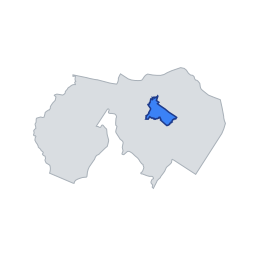 Mumbwa, Central, Zambia (highlighted), rotated 213°
{"feature_id": "96606910B37920738728221", "entity_name": "Mumbwa", "entity_type": "district", "adm_level": 2, "iso_a3": "ZMB", "parent_name": "Zambia", "parent_adm1": "Central", "projection": "natural_earth1", "projection_center": [26.865, -14.958], "detail": "fine", "context": "in_parent", "style": "filled", "palette": "blue", "viewbox_px": 256, "rotation_deg": 213, "n_neighbors": 0, "source": "geoboundaries", "source_scale": "gbopen_adm2", "svg_char_len": 6553}
<svg xmlns="http://www.w3.org/2000/svg" viewBox="0 0 256 256"><g transform="rotate(213 128 128)"><path d="M163.8,169.3L154.5,169.3L151.1,170.2L148.3,171.5L145.0,173.5L143.1,174.9L142.5,175.7L142.3,177.5L142.3,180.2L141.9,182.1L140.9,183.9L135.9,186.0L132.6,187.8L129.4,189.8L126.9,192.5L125.2,195.8L122.5,199.9L116.7,207.3L113.3,208.6L110.5,208.3L107.1,206.8L104.4,206.5L102.4,207.4L100.6,207.1L98.9,205.6L97.4,205.0L96.3,205.5L94.8,205.4L92.1,204.5L89.8,201.9L88.6,200.9L87.6,200.4L84.8,200.0L78.4,199.4L71.8,200.7L66.0,202.0L60.1,196.2L54.3,190.1L53.1,188.5L50.9,186.4L49.4,185.4L48.8,184.9L47.2,179.5L46.3,174.4L46.0,126.0L72.2,126.0L73.8,125.8L73.9,125.3L72.7,122.7L72.8,121.8L73.1,120.1L74.2,116.6L74.3,115.4L73.7,111.6L73.8,109.4L74.1,105.1L73.9,103.7L74.5,101.7L74.7,100.5L74.9,99.9L74.6,98.4L74.1,93.3L73.8,91.2L75.4,91.5L75.9,92.6L76.2,93.7L76.9,93.8L78.8,94.5L79.4,95.4L79.8,97.5L79.6,98.5L79.0,99.4L79.6,100.1L80.8,100.6L81.6,100.5L83.7,99.1L85.6,98.5L86.6,98.2L90.9,97.3L91.8,96.8L92.4,96.8L92.8,97.2L92.4,98.6L92.3,99.9L92.8,102.3L93.2,103.5L94.1,104.3L94.8,104.7L95.5,105.6L97.0,105.5L100.3,106.7L101.3,107.3L102.7,107.8L103.7,108.1L107.1,108.5L110.7,109.2L112.6,109.2L113.9,109.1L114.8,108.7L115.4,108.3L115.7,108.0L117.0,103.4L117.7,103.0L118.6,102.8L119.1,103.2L119.7,106.1L122.3,108.7L123.2,110.9L123.9,112.8L124.4,113.4L125.4,114.0L127.0,114.2L128.4,114.3L135.4,117.5L136.2,118.1L137.0,119.8L137.6,121.8L138.1,123.3L139.0,123.6L139.8,123.7L140.6,124.8L141.2,125.7L143.3,129.5L143.6,131.0L144.6,132.0L145.9,132.5L147.2,132.5L147.9,132.1L149.7,131.3L151.1,130.4L152.1,130.1L152.8,130.3L153.2,130.9L153.5,132.8L154.5,133.4L155.2,133.2L155.5,132.4L155.5,132.1L155.6,112.2L154.9,112.3L154.1,112.9L152.3,113.0L151.6,113.4L151.3,114.0L151.5,114.8L151.5,116.0L151.2,116.5L150.4,116.7L149.2,116.3L147.1,115.7L145.3,115.4L144.1,113.9L142.3,111.6L141.2,110.5L138.5,108.1L138.0,107.7L137.2,106.6L136.5,104.7L135.8,102.6L135.4,101.2L136.1,99.1L137.7,92.2L138.1,90.0L139.4,87.9L139.5,85.9L139.0,83.4L139.1,82.0L139.3,74.2L138.9,71.7L138.0,68.9L136.1,65.1L136.1,64.2L139.1,61.8L140.0,60.8L141.6,58.8L142.7,57.1L143.4,55.7L143.6,53.9L143.1,52.2L144.1,51.8L169.2,47.4L169.5,48.6L170.3,50.5L171.2,52.0L172.2,53.2L173.1,54.0L173.7,54.2L177.6,54.1L179.0,54.9L180.2,55.9L180.5,57.4L181.3,58.3L182.1,59.1L182.5,59.2L183.1,59.0L184.2,59.0L185.1,59.3L185.6,59.6L185.6,60.9L185.9,61.5L187.2,61.7L188.5,61.8L189.8,62.6L191.2,62.8L192.8,63.1L193.6,64.0L195.3,65.0L197.3,65.8L199.6,67.2L199.7,67.7L200.1,68.5L200.5,69.1L200.5,69.9L200.7,70.8L201.3,71.0L201.8,71.0L202.2,70.4L202.8,70.4L203.5,70.8L203.7,71.7L204.2,73.0L205.1,73.8L205.7,74.7L205.5,76.2L205.1,77.5L206.2,78.9L207.7,80.2L208.1,80.8L208.2,82.7L208.5,83.3L209.5,84.9L210.0,86.0L209.9,86.6L207.2,89.7L205.5,90.2L204.7,90.9L204.3,91.5L205.4,94.7L205.9,95.9L205.5,97.4L204.4,99.9L203.9,100.1L203.8,102.0L204.1,102.7L204.6,103.3L204.8,104.6L204.8,107.8L204.1,111.5L205.3,114.7L205.7,115.0L207.4,115.1L207.7,115.3L207.3,116.2L206.1,117.7L203.9,118.7L200.8,120.0L200.1,121.1L199.7,122.8L200.0,123.8L200.4,124.4L200.3,125.8L200.0,127.4L200.1,128.6L200.0,129.7L199.5,130.2L199.0,131.9L198.3,133.5L197.8,134.2L197.0,135.0L195.8,135.7L195.8,136.0L197.2,136.8L197.5,137.3L197.6,137.6L197.1,138.5L197.7,139.0L198.5,139.4L199.2,140.5L200.1,142.5L200.4,142.8L200.9,142.5L201.8,141.7L202.4,141.4L203.1,142.6L190.1,147.7L187.1,148.7L182.5,150.5L181.0,151.2L179.8,151.8L167.7,155.8L165.8,156.6L161.5,158.6L161.4,158.9L161.4,159.9L161.8,161.8L162.5,163.5L163.2,164.5L163.6,167.0L163.8,169.3Z" fill="#d9dde1" stroke="#a8b0b8" stroke-width="1"/><path d="M118.5,151.8L119.0,148.5L119.2,148.4L119.3,148.4L119.3,148.2L119.5,147.9L119.1,147.6L118.9,147.5L118.9,147.4L118.7,147.1L118.7,146.9L118.7,146.7L118.5,146.3L118.4,146.2L118.2,146.0L118.2,145.9L118.1,145.7L117.9,145.4L117.9,145.2L115.9,146.4L115.9,149.3L115.6,149.3L115.5,149.2L115.4,149.3L115.2,149.3L114.9,149.3L114.7,149.2L114.4,149.2L114.4,149.3L114.2,149.3L113.8,149.2L113.7,149.2L113.7,149.3L113.5,149.5L113.4,149.5L113.2,149.5L112.9,149.8L112.7,149.9L112.4,149.8L112.2,150.0L112.0,149.9L111.8,149.7L111.7,149.7L111.5,149.8L111.4,149.8L111.3,149.7L111.2,149.8L111.1,150.2L110.9,150.1L110.7,149.9L110.4,149.9L110.2,150.0L110.0,150.3L109.9,150.2L109.8,150.3L109.7,150.4L109.7,150.5L109.6,150.8L109.6,151.0L109.4,151.3L109.2,151.3L108.8,151.5L108.7,151.6L108.5,151.8L108.4,152.0L108.2,152.3L108.1,152.5L108.0,152.8L107.9,152.9L107.8,153.0L107.7,153.0L107.6,153.4L107.6,153.5L107.8,153.8L107.7,153.9L107.6,154.0L107.4,154.1L107.2,154.2L107.2,154.3L106.9,154.4L106.8,154.2L106.8,153.9L106.7,153.8L106.4,153.7L106.0,153.6L105.9,153.5L105.8,153.4L105.7,153.4L105.5,153.2L105.4,153.2L105.1,153.2L104.9,152.9L105.0,152.9L105.0,152.7L105.0,152.4L98.5,151.4L96.8,151.2L96.7,151.2L96.6,151.3L96.5,151.7L96.3,151.8L96.2,151.9L96.0,152.0L95.9,152.1L95.9,152.3L95.8,152.5L95.7,152.6L95.6,152.8L95.4,153.4L95.2,153.5L95.1,153.8L95.2,154.1L95.4,154.3L95.3,154.5L95.3,155.0L95.3,155.3L95.2,155.4L94.9,155.5L94.7,155.8L94.7,156.1L94.7,156.3L94.6,156.5L94.4,156.9L94.5,156.9L94.4,157.0L94.5,157.1L94.6,157.4L94.8,157.8L94.9,158.0L95.0,158.4L94.9,158.5L94.9,158.8L95.0,159.0L94.9,159.4L94.7,159.6L94.7,159.8L94.5,160.0L94.3,160.1L94.4,160.3L94.4,160.8L94.3,161.0L94.2,161.1L93.9,161.0L93.3,161.4L93.2,161.4L93.1,161.5L92.9,161.7L92.9,161.8L92.9,162.1L93.0,162.2L93.1,162.3L93.1,162.6L93.0,163.1L92.9,163.3L93.0,163.4L95.4,163.5L97.0,163.5L99.0,163.5L102.5,163.5L107.3,164.1L107.9,164.1L112.8,164.2L113.9,164.2L115.6,164.4L116.5,164.4L116.1,166.4L119.1,166.5L120.2,170.6L120.3,170.6L120.3,170.8L120.3,170.7L120.3,170.8L120.4,171.0L120.6,171.1L120.6,170.9L120.6,169.5L120.7,169.4L120.8,169.2L121.0,169.4L121.1,169.1L121.3,168.8L121.5,168.9L121.5,169.0L121.6,168.9L121.7,168.7L121.8,168.4L121.9,168.1L122.0,167.9L122.1,168.2L122.2,168.3L122.3,168.2L122.5,168.1L122.5,168.3L122.7,168.2L122.8,168.1L122.7,168.0L122.7,167.9L122.8,167.9L123.0,167.9L123.2,167.7L123.3,167.7L123.6,167.5L123.6,167.4L123.5,167.2L123.4,167.1L123.5,167.0L123.7,166.9L123.8,166.8L123.8,166.6L124.0,166.6L122.9,165.5L122.9,165.1L123.1,165.0L123.3,165.1L124.0,165.0L124.3,165.0L124.6,165.0L124.7,164.6L124.6,164.4L124.5,164.1L124.3,163.8L124.2,163.6L124.1,163.3L124.1,163.2L124.0,162.8L123.7,162.1L123.6,161.9L123.4,161.5L123.5,161.3L123.4,161.3L123.4,160.9L123.5,160.9L123.5,160.7L123.5,160.4L123.5,160.2L123.4,160.1L123.4,159.9L123.2,159.7L124.1,158.6L123.9,158.4L122.4,157.8L122.2,157.7L119.9,156.8L119.5,156.4L119.2,155.6L119.0,152.2L118.5,151.8Z" fill="#3b82f6" stroke="#1e3a8a" stroke-width="1.5"/></g></svg>